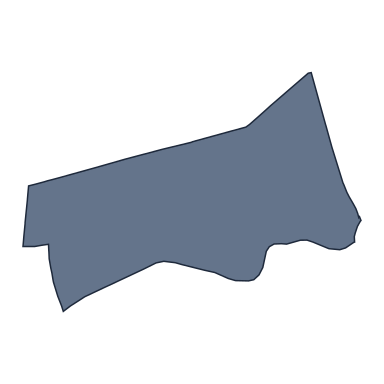 outline of Quan 5, Hồ Chí Minh city, Vietnam
{"feature_id": "81297802B17569327634169", "entity_name": "Quan 5", "entity_type": "district", "adm_level": 2, "iso_a3": "VNM", "parent_name": "Vietnam", "parent_adm1": "Hồ Chí Minh city", "projection": "equal_earth", "projection_center": [106.67, 10.756], "detail": "fine", "context": "isolated", "style": "filled", "palette": "slate", "viewbox_px": 384, "rotation_deg": 0, "n_neighbors": 0, "source": "geoboundaries", "source_scale": "gbopen_adm2", "svg_char_len": 1285}
<svg xmlns="http://www.w3.org/2000/svg" viewBox="0 0 384 384"><path d="M311.2,72.6L308.2,73.2L270.8,105.5L262.4,113.1L249.5,124.5L245.9,127.1L231.9,130.9L192.6,141.7L191.3,142.3L162.0,149.4L136.0,156.3L124.7,159.3L106.2,164.6L94.6,167.9L89.2,169.4L73.7,173.7L60.1,177.5L51.9,179.7L47.5,180.8L44.3,181.8L35.4,184.2L28.6,185.9L27.4,199.3L27.4,199.8L25.1,222.5L25.1,223.5L23.9,235.9L23.0,246.5L34.7,246.5L42.1,245.2L48.5,244.3L48.8,250.9L48.9,251.6L49.2,258.8L50.8,268.1L51.9,273.0L52.7,277.9L53.1,280.3L53.5,282.3L57.8,296.3L61.6,306.0L63.3,311.4L70.5,305.9L82.5,298.2L84.8,296.7L104.5,287.4L115.5,282.3L117.8,281.2L143.6,269.1L156.1,262.9L163.8,261.3L175.3,262.7L182.0,264.6L204.8,270.3L208.0,271.0L214.8,272.5L228.3,278.5L235.5,280.6L248.5,280.9L253.8,279.7L259.0,274.9L262.8,267.5L266.3,251.3L269.3,246.7L271.8,245.3L274.1,244.0L281.4,243.7L286.6,244.1L300.4,240.2L307.0,240.1L313.0,242.1L327.0,247.9L329.0,248.7L339.8,249.7L345.6,247.9L354.0,242.2L354.6,242.1L354.3,236.6L355.2,233.1L357.5,226.2L358.3,224.9L358.5,224.4L360.3,221.3L361.0,220.5L359.5,216.7L358.8,217.6L357.7,213.5L355.9,208.7L353.3,203.9L349.1,196.7L346.9,192.4L344.1,185.4L343.6,184.2L343.0,183.0L331.8,146.9L331.7,146.5L325.9,125.6L325.7,125.1L311.2,72.6Z" fill="#64748b" stroke="#1e293b" stroke-width="1.5"/></svg>